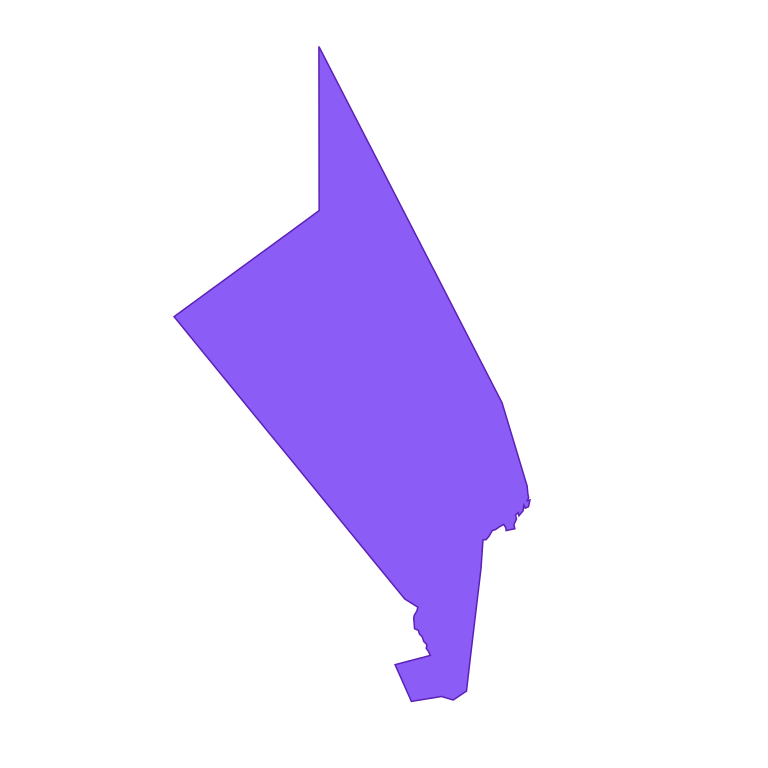 outline of Santa Luz, Piauí, Brazil, rotated 208°
{"feature_id": "56859067B18968818228242", "entity_name": "Santa Luz", "entity_type": "district", "adm_level": 2, "iso_a3": "BRA", "parent_name": "Brazil", "parent_adm1": "Piauí", "projection": "natural_earth1", "projection_center": [-44.236, -9.056], "detail": "fine", "context": "isolated", "style": "filled", "palette": "violet", "viewbox_px": 768, "rotation_deg": 208, "n_neighbors": 0, "source": "geoboundaries", "source_scale": "gbopen_adm2", "svg_char_len": 915}
<svg xmlns="http://www.w3.org/2000/svg" viewBox="0 0 768 768"><g transform="rotate(208 384 384)"><path d="M599.9,651.4L522.7,506.7L535.0,481.1L550.9,448.3L601.0,344.9L565.6,330.0L480.5,294.3L430.6,273.5L310.4,223.0L264.7,203.9L249.3,202.8L248.4,199.0L248.7,194.4L248.0,191.5L244.6,186.2L242.2,182.3L237.9,182.6L235.4,179.9L231.6,178.7L228.0,175.3L223.8,174.0L222.5,170.3L219.5,168.9L215.7,166.1L242.5,141.4L210.8,116.6L186.5,135.1L174.5,137.5L167.0,151.6L178.3,180.4L211.8,266.8L223.4,292.8L220.8,294.5L219.8,298.7L219.7,302.1L219.6,305.4L217.2,307.8L215.3,311.6L212.4,316.2L208.9,314.2L207.3,311.9L203.7,315.0L200.5,317.6L203.3,320.9L203.6,327.0L206.3,330.0L205.2,333.4L203.0,331.0L201.7,337.2L203.6,342.6L201.0,340.7L198.8,343.5L200.7,350.2L202.7,348.3L203.0,351.7L205.2,354.3L209.8,361.2L270.9,422.8L307.6,448.3L392.9,507.7L396.0,509.8L599.9,651.4Z" fill="#8b5cf6" stroke="#5b21b6" stroke-width="1.5"/></g></svg>